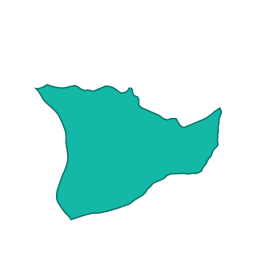 Lèbombi-Leyou, Haut-Ogooué, Gabon, rotated 68°
{"feature_id": "22940354B21970441224980", "entity_name": "Lèbombi-Leyou", "entity_type": "district", "adm_level": 2, "iso_a3": "GAB", "parent_name": "Gabon", "parent_adm1": "Haut-Ogooué", "projection": "orthographic", "projection_center": [13.158, -1.435], "detail": "fine", "context": "isolated", "style": "filled", "palette": "teal", "viewbox_px": 256, "rotation_deg": 68, "n_neighbors": 0, "source": "geoboundaries", "source_scale": "gbopen_adm2", "svg_char_len": 1832}
<svg xmlns="http://www.w3.org/2000/svg" viewBox="0 0 256 256"><g transform="rotate(68 128 128)"><path d="M57.6,186.7L58.4,192.2L57.9,196.7L57.0,198.5L60.5,197.2L65.3,196.4L69.5,195.9L73.0,194.7L76.1,193.3L78.6,192.0L83.5,189.7L87.6,188.1L91.7,187.3L98.8,187.0L105.4,187.0L109.7,187.6L113.9,188.9L118.1,190.9L124.6,192.4L130.6,193.9L135.0,195.7L138.9,198.3L143.9,202.7L146.5,205.7L149.6,208.5L153.8,212.2L159.3,216.8L161.7,218.4L165.9,220.3L169.6,220.8L174.4,220.1L179.3,219.0L182.7,218.1L187.1,216.2L189.9,215.3L191.6,215.1L192.0,207.0L192.4,201.6L193.1,195.9L193.8,192.1L195.2,188.8L196.2,185.3L197.3,178.8L198.4,168.4L198.8,158.3L199.0,155.3L198.2,152.7L197.2,148.9L195.8,140.2L194.8,136.9L193.8,135.2L192.6,133.9L191.7,132.5L190.7,129.2L189.4,127.2L188.7,125.1L188.4,122.0L188.5,116.8L188.0,113.3L186.7,109.9L186.5,106.9L187.0,103.8L188.0,101.3L189.1,98.5L190.5,94.6L191.6,92.0L193.2,89.4L194.0,86.0L194.0,84.4L195.3,83.2L195.8,79.8L195.6,76.6L194.7,75.1L193.0,73.8L191.9,71.7L190.7,69.5L188.3,66.9L186.0,63.9L185.8,62.5L184.5,60.9L182.5,59.3L180.6,57.3L179.3,55.0L178.4,52.3L176.9,50.8L174.9,50.2L172.2,49.5L171.0,48.8L170.1,48.2L167.0,47.1L165.5,45.8L161.6,44.6L158.2,42.4L153.2,39.9L150.5,37.2L148.0,35.2L143.9,35.4L144.6,38.1L145.3,41.9L146.6,45.4L148.2,52.1L148.4,58.4L148.6,75.9L146.6,78.0L144.1,79.0L137.3,80.0L135.7,84.0L135.3,88.4L132.7,91.6L127.8,94.6L118.9,103.4L113.8,108.3L110.7,109.4L108.0,108.4L105.7,107.3L102.8,107.6L100.9,109.6L98.9,110.7L96.3,110.3L94.0,109.7L92.2,110.3L91.6,112.1L92.5,113.3L93.7,115.0L93.9,117.5L93.4,120.7L92.2,122.2L90.0,123.4L87.9,124.7L84.7,127.0L82.0,130.5L80.8,133.1L81.0,146.4L78.9,149.3L77.7,151.1L77.1,154.2L74.8,156.7L71.0,159.1L68.9,161.1L67.8,166.4L67.6,168.7L66.9,172.5L65.3,176.2L63.2,179.8L60.1,184.0L57.6,186.7Z" fill="#14b8a6" stroke="#0f766e" stroke-width="1.5"/></g></svg>